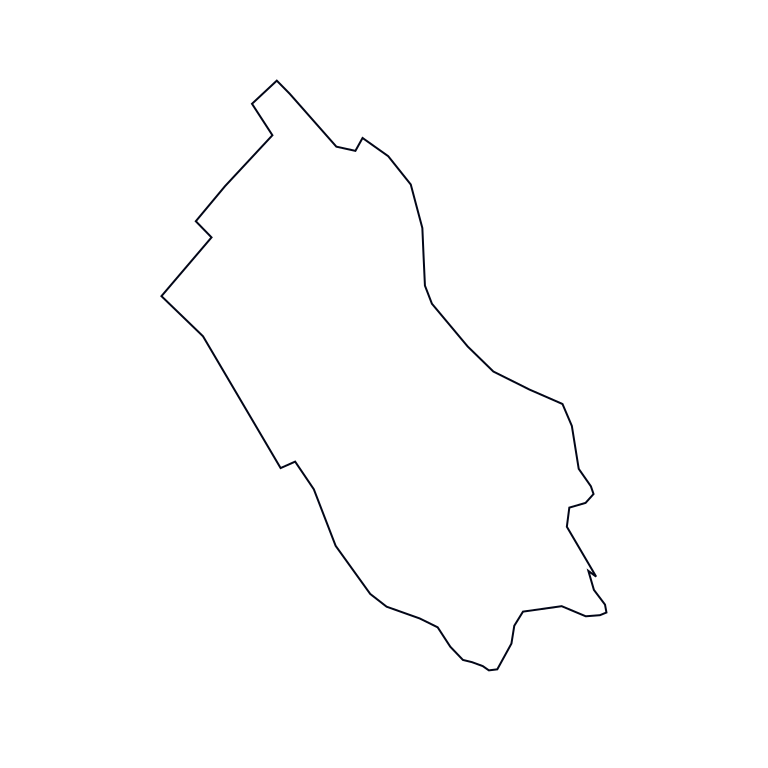 map outline of Jaunjelgavas (Robinson projection), rotated 57°
{"feature_id": "LVA-5732", "entity_name": "Jaunjelgavas", "entity_type": "Municipality", "adm_level": 1, "iso_a3": "LVA", "parent_name": "Latvia", "parent_adm1": "", "projection": "robinson", "projection_center": [25.345, 56.517], "detail": "fine", "context": "isolated", "style": "outline", "palette": "ink", "viewbox_px": 768, "rotation_deg": 57, "n_neighbors": 0, "source": "natural_earth", "source_scale": "10m", "svg_char_len": 833}
<svg xmlns="http://www.w3.org/2000/svg" viewBox="0 0 768 768"><g transform="rotate(57 384 384)"><path d="M71.2,308.7L89.3,305.0L159.0,294.7L172.9,281.0L166.0,268.0L195.2,256.4L231.3,252.9L250.8,259.3L274.1,266.9L298.7,281.4L323.8,296.1L342.8,300.1L398.1,293.4L433.1,285.5L467.8,265.1L498.0,245.2L521.5,249.3L561.2,266.9L582.5,266.2L590.4,268.2L593.5,279.7L588.6,295.9L603.3,308.4L661.1,311.0L652.1,314.4L671.0,320.1L689.4,318.8L696.8,321.9L695.5,328.8L688.7,341.3L667.1,356.0L650.6,391.4L657.7,406.4L671.1,418.5L685.0,444.4L681.3,452.0L674.4,454.8L665.2,461.7L658.4,468.1L640.4,471.5L617.3,471.5L600.0,481.8L572.2,503.1L552.6,509.9L493.4,512.7L434.1,500.2L400.7,500.8L398.2,516.5L245.4,509.8L189.1,522.8L167.1,448.8L145.0,453.2L131.5,409.6L114.6,342.1L77.1,342.1L71.2,308.7Z" fill="none" stroke="#020617" stroke-width="2"/></g></svg>